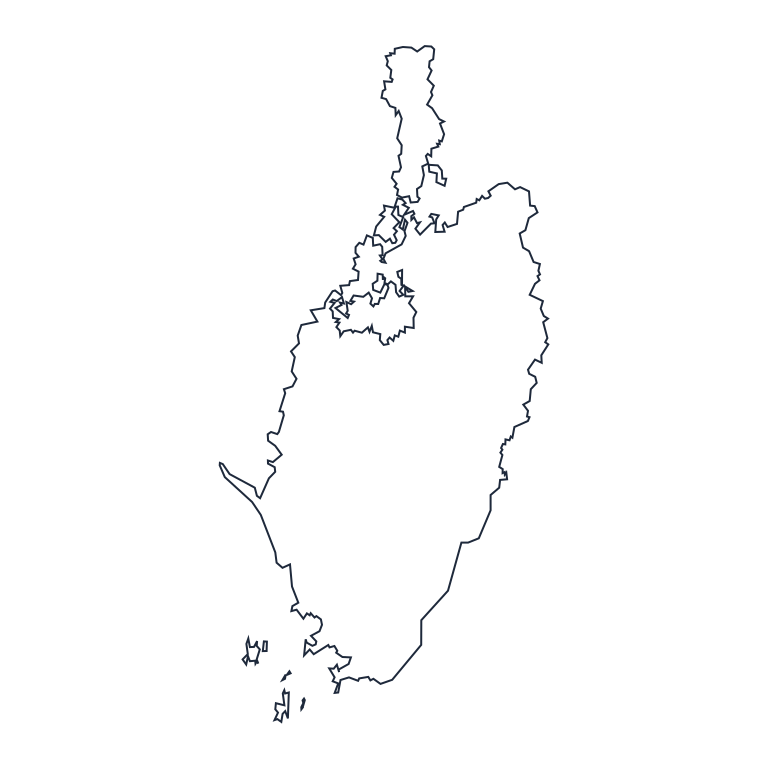 the district of Las Palmas, Veraguas, Panama
{"feature_id": "35544464B23901142884801", "entity_name": "Las Palmas", "entity_type": "district", "adm_level": 2, "iso_a3": "PAN", "parent_name": "Panama", "parent_adm1": "Veraguas", "projection": "natural_earth1", "projection_center": [-81.526, 8.102], "detail": "fine", "context": "isolated", "style": "outline", "palette": "slate", "viewbox_px": 768, "rotation_deg": 0, "n_neighbors": 0, "source": "geoboundaries", "source_scale": "gbopen_adm2", "svg_char_len": 6108}
<svg xmlns="http://www.w3.org/2000/svg" viewBox="0 0 768 768"><path d="M268.0,463.6L274.7,467.2L275.2,471.8L268.9,478.3L260.1,498.2L256.9,495.8L254.8,487.7L229.6,474.1L222.8,464.1L219.9,462.9L219.7,465.3L224.8,477.1L252.1,502.0L260.8,514.9L275.3,552.4L276.6,562.7L282.5,567.8L290.0,564.4L292.0,586.5L298.3,602.7L292.4,606.1L291.4,611.1L296.6,609.7L303.4,618.7L306.9,613.4L309.7,615.3L310.7,613.2L314.5,617.5L316.4,616.1L320.9,619.4L322.0,624.8L319.5,631.2L311.0,635.8L316.3,641.4L315.7,644.4L312.4,645.8L306.7,642.6L305.7,639.3L304.1,655.4L309.7,649.5L313.7,654.2L328.3,645.0L329.5,647.4L334.4,646.0L337.3,650.8L336.2,652.7L342.4,657.0L350.9,657.4L348.6,664.0L338.6,669.6L339.1,672.1L336.9,664.7L333.7,668.7L329.2,668.4L334.6,677.3L332.7,681.3L338.2,683.4L334.7,692.9L338.2,692.5L340.5,680.0L349.0,677.4L358.1,680.8L359.2,678.4L368.3,676.9L370.4,680.4L373.4,678.8L380.5,683.9L392.2,679.8L421.2,644.9L421.3,620.2L448.0,590.7L461.4,542.6L468.1,542.6L478.8,538.3L490.6,510.3L490.6,495.0L499.2,487.7L500.1,479.9L507.1,479.3L506.3,472.6L504.8,474.6L504.6,472.1L502.6,473.1L502.7,469.1L499.2,466.9L502.4,455.0L500.4,452.6L502.4,449.7L501.1,448.0L502.9,444.0L505.3,444.4L505.5,439.4L509.5,440.3L510.8,436.5L512.4,437.7L514.4,427.0L527.9,421.0L529.5,417.2L527.0,416.5L528.0,410.8L523.3,404.6L529.7,401.0L530.8,389.2L536.7,382.9L535.2,376.8L529.2,373.8L528.0,369.7L535.0,359.6L541.7,362.8L541.3,355.3L548.3,344.4L545.2,342.2L547.4,338.1L543.2,322.2L548.0,318.6L543.8,316.0L540.7,308.6L542.9,301.1L529.7,294.8L535.0,283.8L539.5,280.3L537.5,276.1L540.0,274.4L538.4,270.8L539.9,264.0L533.6,262.0L529.1,251.2L523.0,247.6L519.7,233.5L525.4,230.2L528.8,218.1L537.5,212.4L534.7,206.1L530.1,205.6L529.0,191.4L520.1,187.1L515.0,189.3L507.4,182.7L498.7,184.1L488.4,191.3L490.7,195.7L488.1,198.0L484.9,198.7L482.1,195.9L479.3,200.3L476.7,199.0L476.2,202.7L463.9,207.0L463.2,209.7L458.1,211.7L457.0,223.9L447.6,227.0L444.8,222.5L442.6,225.0L444.6,231.7L435.3,232.0L436.2,219.4L438.7,215.4L431.3,213.9L429.5,216.6L432.2,217.4L434.5,223.3L431.0,223.6L420.1,234.6L415.4,228.7L419.9,222.4L417.0,223.1L414.0,217.3L411.4,219.9L411.3,216.2L414.4,213.8L413.0,211.0L404.1,214.8L408.8,207.8L402.9,204.8L405.6,203.1L402.4,199.6L397.5,198.3L394.7,206.6L398.0,206.6L398.4,215.0L403.2,217.1L399.4,227.1L402.8,229.5L405.0,219.7L407.5,222.8L404.5,231.2L405.7,235.9L401.6,244.4L385.6,253.3L383.4,258.8L385.5,262.7L381.6,262.0L380.3,260.8L382.5,259.4L379.9,255.5L382.6,255.2L382.2,246.8L380.1,244.2L373.2,245.7L372.8,237.9L366.9,235.4L363.5,244.6L359.3,242.8L355.6,247.1L355.5,252.8L358.8,256.7L353.7,258.5L355.6,264.3L352.9,268.7L358.6,271.6L358.0,280.0L349.9,281.1L349.1,285.1L340.3,285.8L342.3,292.9L341.0,295.1L335.1,290.5L332.6,291.2L325.2,302.5L324.4,308.1L310.8,310.3L317.4,321.6L301.4,325.0L297.7,335.6L299.0,343.4L291.0,351.4L294.8,357.1L291.7,371.4L296.5,378.8L292.5,386.4L283.9,389.2L285.2,393.2L279.5,411.2L283.0,411.7L283.8,415.3L278.9,431.9L277.3,434.1L271.0,432.0L267.7,434.3L268.1,440.7L275.2,445.8L281.7,454.7L272.9,462.1L267.9,460.5L268.0,463.6ZM335.5,308.0L347.7,318.0L349.0,314.9L346.1,313.5L347.7,310.8L346.4,302.0L351.1,304.2L354.0,301.6L350.4,300.9L353.6,295.5L363.3,296.8L368.7,292.6L372.0,298.3L370.4,303.6L373.4,306.4L374.8,303.9L378.2,304.0L380.1,298.0L384.2,298.3L388.5,287.9L387.5,284.9L384.5,284.0L380.3,292.6L373.2,289.9L372.7,283.8L377.4,280.7L377.6,273.7L382.7,274.6L382.9,279.9L383.4,276.9L385.2,278.3L384.5,283.0L387.8,284.3L390.9,281.4L395.5,284.8L396.1,292.2L399.2,296.6L403.3,294.8L399.6,291.0L403.4,286.0L401.4,284.9L401.3,278.8L398.4,276.8L397.3,271.9L402.1,270.0L402.0,284.6L412.6,291.0L408.4,291.8L405.1,287.0L405.3,296.3L413.1,296.3L409.0,303.2L416.3,312.0L413.5,317.7L413.7,328.0L404.9,326.7L404.9,332.6L399.9,330.6L398.3,336.7L394.8,335.4L393.3,340.8L389.6,337.5L387.4,340.1L388.5,344.0L383.7,344.9L379.8,340.1L380.3,334.1L373.0,332.3L371.8,325.9L369.5,331.8L367.9,327.4L361.9,332.7L354.6,330.7L353.0,332.6L350.9,329.8L343.7,331.3L340.3,336.2L339.7,330.5L336.4,327.1L339.4,322.6L335.8,322.0L339.1,319.1L333.0,317.9L332.7,311.4L330.0,308.6L334.6,302.9L330.4,301.8L332.8,299.5L336.7,301.1L342.0,297.1L343.9,303.5L340.0,302.6L341.5,305.0L335.5,308.0ZM393.5,171.9L391.8,177.9L396.6,183.8L394.5,186.8L398.1,189.5L397.0,195.0L402.0,197.6L409.1,196.2L410.7,202.5L417.6,201.9L419.6,198.5L417.4,196.7L417.0,189.0L421.3,186.1L423.9,175.1L422.3,166.4L428.2,163.6L425.9,156.0L427.7,153.9L431.2,156.3L431.4,148.7L438.3,146.6L437.1,143.8L439.8,144.2L439.2,140.6L441.8,141.4L444.1,134.2L440.0,123.5L444.0,121.5L439.1,119.1L432.1,108.2L427.1,104.6L432.4,95.3L431.0,92.0L433.8,85.7L427.5,79.3L431.6,70.5L429.0,67.2L429.6,61.3L433.2,59.2L434.2,49.3L431.3,46.5L424.7,46.1L417.2,51.5L411.4,47.6L402.9,47.0L394.8,48.8L394.6,53.7L390.2,53.2L390.9,55.3L385.7,56.2L387.8,61.2L386.7,65.4L391.3,70.0L390.3,77.8L392.6,79.4L391.7,81.9L384.1,81.3L385.4,89.4L382.8,90.9L381.5,97.8L386.1,99.1L389.9,106.1L395.4,107.9L395.7,115.2L398.7,111.0L401.7,118.7L397.2,138.3L401.7,145.2L401.2,153.8L398.5,155.8L401.0,167.3L399.1,171.5L393.5,171.9ZM373.9,235.4L378.8,235.1L385.7,241.9L389.9,238.7L392.3,243.2L395.3,242.8L396.7,240.2L394.0,234.7L396.9,231.2L393.6,228.1L399.3,222.2L391.7,214.2L395.1,207.9L384.0,205.6L384.9,210.6L380.0,214.9L384.2,216.8L376.2,226.5L373.9,235.4ZM285.1,693.5L284.3,690.2L282.8,693.4L284.4,705.3L275.9,703.2L275.3,709.3L278.0,712.6L274.5,720.1L277.4,719.1L281.3,721.9L282.6,713.9L285.2,711.1L287.9,718.4L288.8,692.5L285.1,693.5ZM249.9,647.1L248.3,638.5L246.4,643.9L247.8,654.1L242.6,659.4L246.2,664.5L248.0,656.2L249.9,661.2L255.2,660.7L255.5,663.7L256.8,661.7L258.3,663.5L256.7,659.4L259.8,649.4L256.7,645.9L257.1,641.1L254.0,646.9L249.9,647.1ZM444.6,185.8L446.2,178.7L442.3,178.6L441.8,170.5L437.8,165.4L428.7,164.8L429.3,171.7L436.9,173.4L436.4,182.1L444.6,185.8ZM266.9,641.6L263.9,641.4L262.8,651.1L266.6,651.0L266.9,641.6ZM285.0,678.8L285.7,674.5L282.4,680.1L285.0,678.8ZM303.6,704.2L304.8,700.1L304.0,698.6L302.6,700.4L303.6,704.2ZM289.4,671.3L287.2,674.4L287.3,674.7L290.6,673.3L289.4,671.3ZM301.4,709.3L302.9,707.3L302.4,705.0L301.3,707.2L301.4,709.3Z" fill="none" stroke="#1e293b" stroke-width="2"/></svg>